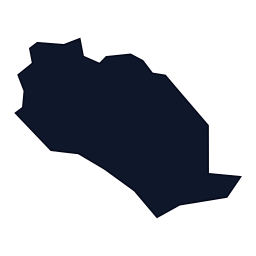 Bradford, Equal Earth projection
{"feature_id": "GBR-5673", "entity_name": "Bradford", "entity_type": "Metropolitan Borough", "adm_level": 1, "iso_a3": "GBR", "parent_name": "United Kingdom", "parent_adm1": "", "projection": "equal_earth", "projection_center": [-1.826, 53.851], "detail": "fine", "context": "isolated", "style": "filled", "palette": "ink", "viewbox_px": 256, "rotation_deg": 0, "n_neighbors": 0, "source": "natural_earth", "source_scale": "10m", "svg_char_len": 439}
<svg xmlns="http://www.w3.org/2000/svg" viewBox="0 0 256 256"><path d="M174.7,86.5L208.1,125.5L208.2,173.7L240.6,176.8L226.9,197.0L179.5,204.8L157.0,217.3L134.6,190.8L104.6,169.0L78.4,153.5L51.0,150.3L15.4,113.0L22.8,107.5L24.3,90.9L18.1,74.9L32.6,63.2L29.8,48.4L37.3,42.7L63.9,44.8L79.8,38.7L83.2,56.4L99.6,63.6L106.3,56.8L130.5,54.3L142.8,60.8L152.3,73.3L165.3,75.4L174.7,86.5Z" fill="#0f172a" stroke="#020617" stroke-width="1.5"/></svg>